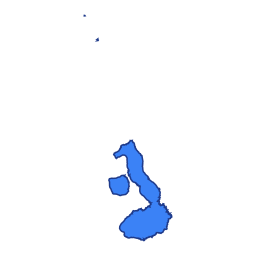 outline of Isabela, Galápagos, Ecuador
{"feature_id": "8360857B49822942031092", "entity_name": "Isabela", "entity_type": "district", "adm_level": 2, "iso_a3": "ECU", "parent_name": "Ecuador", "parent_adm1": "Galápagos", "projection": "natural_earth1", "projection_center": [-91.231, 0.314], "detail": "fine", "context": "isolated", "style": "filled", "palette": "blue", "viewbox_px": 256, "rotation_deg": 0, "n_neighbors": 0, "source": "geoboundaries", "source_scale": "gbopen_adm2", "svg_char_len": 6069}
<svg xmlns="http://www.w3.org/2000/svg" viewBox="0 0 256 256"><path d="M131.8,140.3L131.0,140.8L130.2,140.5L129.9,141.5L129.3,142.0L129.1,142.2L129.1,142.6L128.6,142.7L128.5,143.3L128.2,143.6L127.6,143.4L126.7,144.2L126.7,143.9L126.3,143.9L124.6,145.0L123.7,144.6L123.4,145.0L122.4,144.9L121.1,145.7L121.2,146.4L120.8,146.7L121.1,147.3L120.5,147.7L120.5,148.4L119.8,148.9L119.9,149.5L119.3,149.9L118.9,150.8L116.6,152.2L115.3,152.5L114.9,153.2L114.3,153.2L113.7,154.7L114.8,155.7L115.6,157.7L116.1,158.2L116.2,157.8L117.0,158.0L118.0,157.0L119.3,157.0L122.6,155.0L124.8,155.2L126.2,156.3L126.3,156.8L126.8,157.3L127.2,158.9L127.0,159.4L127.2,161.7L127.1,162.6L127.4,163.5L127.1,164.9L127.3,167.2L128.8,170.1L128.8,170.9L128.1,170.9L128.2,171.8L127.9,172.2L128.1,172.3L128.1,173.0L128.5,174.0L128.5,175.2L129.0,175.9L129.7,175.2L129.6,175.9L130.0,176.3L130.2,177.6L130.6,178.0L130.5,178.6L131.4,180.1L132.0,180.5L132.2,181.2L133.3,182.0L134.9,182.4L135.5,183.0L135.8,182.8L136.1,183.2L136.0,183.3L135.9,183.4L136.1,183.3L136.8,184.2L136.7,184.6L137.5,185.0L137.5,185.4L137.8,185.3L138.2,185.5L138.2,185.2L138.7,185.8L139.0,185.8L139.1,186.4L140.0,186.1L140.2,186.7L139.9,187.8L139.8,191.1L140.4,193.1L141.9,194.9L143.8,196.1L146.8,199.7L148.8,200.8L149.2,202.2L149.7,201.9L150.2,202.2L150.2,202.8L150.9,202.9L150.4,203.2L150.3,203.6L150.9,204.1L150.9,204.5L150.5,204.6L149.7,205.6L149.8,206.3L149.3,206.5L149.5,206.8L148.5,206.5L148.5,206.1L147.8,206.4L147.7,207.0L147.2,207.6L145.9,207.7L145.6,208.2L146.0,208.7L145.2,209.5L144.8,209.5L144.7,209.9L144.7,209.6L144.3,209.7L144.0,210.4L143.5,210.3L142.9,210.7L142.6,209.8L141.9,209.5L141.6,209.7L141.4,209.1L141.3,209.3L140.9,209.3L141.1,208.8L140.6,208.7L140.0,209.1L139.7,209.0L138.6,209.3L138.3,209.7L138.3,210.4L137.9,210.6L137.2,210.4L136.9,210.6L136.9,210.8L135.5,210.7L134.6,211.0L133.3,210.7L132.6,211.5L132.8,212.4L132.5,212.8L132.2,212.6L131.6,213.2L131.8,213.5L131.4,213.4L130.6,214.6L129.9,214.8L129.7,215.8L129.2,215.9L128.7,216.6L127.3,216.9L126.9,217.2L126.9,217.7L126.4,218.2L125.3,218.6L125.2,219.3L123.7,221.4L121.3,223.6L119.8,226.4L119.6,228.4L120.3,229.9L121.5,231.2L122.7,231.8L123.8,232.0L124.2,232.6L124.5,234.1L124.1,234.7L124.4,235.5L124.7,235.8L124.7,236.1L126.0,236.6L126.2,237.1L127.0,237.0L127.4,237.6L129.0,238.0L131.3,237.3L131.9,237.6L133.4,237.4L136.9,238.2L137.3,238.1L137.9,238.4L138.3,238.3L138.6,238.6L138.8,238.4L139.2,238.9L139.8,238.5L140.3,238.8L140.1,239.0L140.7,239.8L141.8,239.8L142.0,240.0L143.1,239.8L143.9,240.6L144.6,240.1L144.6,239.4L144.4,239.1L144.8,239.3L145.0,239.0L146.1,238.8L146.3,238.4L146.1,238.2L146.3,237.9L146.8,238.2L147.3,237.6L147.8,237.7L148.2,237.3L149.0,237.3L149.2,236.8L149.4,237.0L150.5,236.6L150.9,236.6L151.7,237.2L151.8,236.2L152.3,236.0L152.5,236.3L152.6,236.0L153.2,235.9L153.2,235.5L153.8,235.3L154.8,235.3L155.1,234.6L155.7,234.4L155.7,234.0L156.2,233.8L156.4,232.8L156.8,233.0L157.1,232.6L158.0,232.6L158.6,232.7L158.7,233.0L159.2,233.0L159.2,233.3L159.2,232.9L159.6,232.8L160.1,233.3L160.7,233.0L161.1,233.2L161.3,232.8L162.8,232.3L163.3,231.1L164.0,230.3L164.0,229.5L164.4,229.1L166.1,229.4L166.8,229.1L167.0,228.7L166.6,226.5L167.1,226.2L167.0,225.1L167.6,224.5L167.4,222.6L168.2,222.1L168.2,221.1L168.4,220.9L168.3,220.6L168.5,220.6L168.4,220.1L168.7,219.4L168.5,218.9L170.4,218.5L170.8,217.6L170.7,217.4L170.9,217.2L171.1,217.4L171.5,217.2L171.4,216.9L171.7,216.9L171.7,216.2L171.0,215.5L171.4,215.2L171.2,214.8L170.4,215.0L169.3,214.6L169.3,214.3L169.9,214.1L169.8,213.8L170.1,213.4L169.0,213.7L168.6,213.4L168.3,213.7L168.1,213.0L168.7,212.6L168.3,211.8L167.9,211.9L167.8,211.6L167.0,212.1L166.7,211.7L166.4,211.7L167.5,210.1L166.8,210.2L166.7,209.5L166.1,209.3L166.0,208.7L166.4,208.2L165.8,207.8L165.9,207.5L165.4,207.6L165.6,207.1L165.0,207.4L164.7,206.6L164.4,206.8L164.5,205.5L163.7,205.1L163.7,203.8L163.4,203.8L162.8,204.8L163.0,204.3L162.8,204.0L162.2,204.9L162.3,204.9L162.4,205.0L162.0,204.9L161.7,205.4L161.1,205.1L160.7,205.5L160.2,204.9L160.2,204.4L159.7,204.8L159.1,204.3L159.3,203.7L158.9,203.4L159.4,201.6L159.0,201.0L158.0,201.0L157.5,201.4L157.4,201.3L158.1,200.8L158.2,200.3L159.2,200.0L159.4,199.1L159.8,198.9L159.5,198.0L159.8,197.7L159.5,197.6L159.8,197.5L159.7,196.5L159.7,196.4L159.4,196.2L159.8,195.9L160.2,195.3L159.8,194.3L160.2,192.9L160.0,191.7L159.2,190.9L159.5,190.3L159.2,189.7L159.7,189.5L159.8,188.7L159.7,188.9L159.4,188.5L159.2,188.6L158.6,189.1L158.2,188.5L158.2,188.2L157.0,187.1L156.9,186.4L156.4,186.0L156.1,185.3L154.7,183.8L153.0,182.2L151.9,181.8L150.2,180.3L148.2,179.1L148.3,178.9L149.1,178.9L149.1,178.7L149.0,178.3L148.1,178.0L148.2,177.1L147.8,176.9L147.8,176.4L145.4,174.4L144.7,173.1L143.5,172.0L142.9,170.4L142.6,166.8L142.3,166.2L142.7,165.1L142.5,164.5L142.8,163.9L142.6,163.6L142.9,161.4L141.9,155.6L141.4,155.2L141.3,155.5L140.9,155.4L140.4,153.8L139.2,153.3L138.5,151.9L137.8,151.7L137.4,150.8L136.6,150.2L136.3,149.4L135.9,148.8L135.5,148.7L135.7,148.3L135.2,147.6L135.2,146.8L134.8,146.7L134.9,146.1L134.4,145.2L134.5,144.3L133.9,142.8L133.3,142.4L132.9,142.5L132.6,141.5L132.1,140.9L132.2,140.5L131.8,140.6L131.7,140.4L131.8,140.3ZM123.4,175.3L121.4,175.6L119.8,177.0L118.1,177.2L116.2,178.2L112.4,178.4L112.0,178.2L109.6,178.7L109.2,179.1L108.9,180.3L109.5,181.8L109.6,185.9L109.9,187.4L111.0,189.1L111.6,191.0L112.6,192.4L112.4,192.7L112.7,193.4L113.3,193.9L116.4,194.1L117.7,194.5L118.1,194.8L118.9,194.9L119.5,195.4L120.8,195.5L121.3,195.1L125.8,194.4L126.5,193.5L127.3,193.0L127.6,192.2L128.0,191.9L128.3,191.2L128.3,191.4L128.5,191.3L128.4,189.7L128.0,189.5L128.2,188.7L128.7,188.3L128.6,187.6L128.9,186.6L129.2,186.3L128.8,185.0L129.0,182.5L128.4,182.1L128.7,181.9L128.6,181.3L128.0,180.9L128.0,180.2L127.0,178.6L127.2,178.3L126.9,177.6L126.2,177.4L125.3,176.3L124.9,176.2L124.8,176.6L124.6,176.5L124.7,176.3L124.2,176.0L124.5,175.4L124.1,175.6L123.4,175.3ZM97.8,38.9L97.3,39.3L97.6,39.3L97.9,39.8L97.9,40.2L97.4,40.6L98.1,40.5L98.3,40.1L97.8,39.5L97.8,38.9ZM84.7,15.4L84.3,15.4L84.3,15.9L85.0,15.8L84.7,15.4Z" fill="#3b82f6" stroke="#1e3a8a" stroke-width="1.5"/></svg>